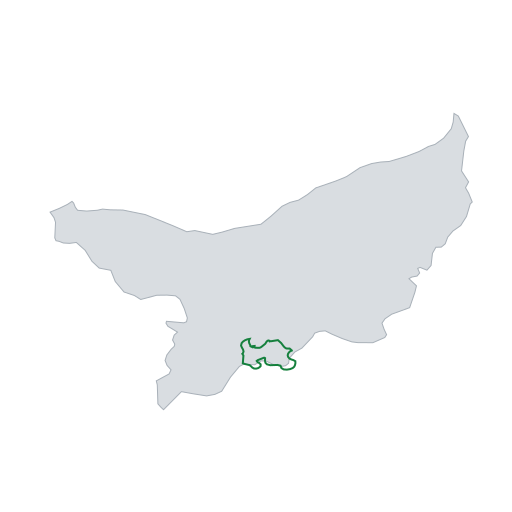 location of Grigoriopol within Moldova, rotated 96°
{"feature_id": "MDA-1637", "entity_name": "Grigoriopol", "entity_type": "Territorial Unit", "adm_level": 1, "iso_a3": "MDA", "parent_name": "Moldova", "parent_adm1": "", "projection": "albers", "projection_center": [29.428, 47.137], "detail": "fine", "context": "in_parent", "style": "outline", "palette": "green", "viewbox_px": 512, "rotation_deg": 96, "n_neighbors": 0, "source": "natural_earth", "source_scale": "10m", "svg_char_len": 3068}
<svg xmlns="http://www.w3.org/2000/svg" viewBox="0 0 512 512"><g transform="rotate(96 256 256)"><path d="M93.5,74.0L95.7,69.4L115.0,57.2L119.9,59.5L129.8,60.3L149.9,60.5L160.1,52.3L166.2,54.8L171.3,51.1L179.7,46.6L180.9,47.6L181.9,48.4L194.7,50.8L204.3,55.6L210.6,62.8L217.2,67.3L224.1,69.1L227.8,72.7L228.5,78.0L234.9,80.8L247.1,80.9L252.2,84.5L250.2,91.6L251.4,93.9L255.8,91.5L259.1,93.7L260.7,99.0L262.6,101.5L268.9,93.3L275.5,94.2L291.3,97.8L299.7,115.0L304.9,121.1L309.6,123.7L315.4,121.0L320.6,117.9L323.6,119.4L330.0,130.7L331.5,145.6L331.4,151.6L329.1,161.6L325.8,172.3L323.2,179.3L324.3,184.9L326.6,189.6L330.4,191.2L342.8,200.7L347.4,207.3L354.2,212.2L359.3,212.4L362.0,215.1L363.0,218.5L362.3,226.9L359.4,234.9L359.8,240.0L364.3,246.0L364.8,253.0L365.2,257.5L367.6,261.0L379.1,268.7L394.1,276.0L397.9,282.4L400.3,290.5L399.6,304.1L398.7,316.0L418.5,331.9L416.3,334.8L413.3,338.1L394.5,340.7L390.6,342.1L382.4,330.1L378.1,328.6L374.1,333.0L369.4,335.5L363.7,334.3L357.6,330.6L354.5,327.9L352.1,327.6L348.3,330.2L343.2,329.1L339.9,326.1L335.1,336.3L332.2,338.5L330.3,338.2L330.0,320.8L328.6,318.2L324.8,317.8L315.7,321.9L307.0,327.1L304.0,331.9L304.2,340.4L305.4,350.6L311.3,366.1L308.0,372.8L305.6,383.5L296.1,393.3L285.4,398.9L284.4,410.7L278.4,418.6L268.2,426.5L261.3,436.1L262.9,442.7L263.2,449.0L262.0,453.3L261.7,456.5L259.0,458.0L243.4,458.9L239.0,460.9L233.9,465.4L229.2,456.6L224.4,448.9L220.9,444.7L222.4,442.9L226.4,440.8L229.2,438.2L229.0,429.1L227.1,418.6L225.4,413.5L225.3,405.6L224.2,393.2L226.4,370.4L234.6,341.7L239.1,327.4L237.1,319.5L239.0,301.3L235.8,292.2L230.8,280.2L223.9,254.4L214.9,245.3L203.8,235.3L199.1,227.7L196.0,219.5L189.5,211.2L182.0,203.6L173.2,184.7L168.7,176.2L167.3,173.9L157.2,161.7L152.0,150.7L149.5,141.8L148.1,133.5L141.3,117.1L135.0,104.7L129.0,95.9L126.3,89.6L119.2,81.7L109.0,75.1L102.2,73.9L93.5,74.0Z" fill="#d9dde1" stroke="#a8b0b8" stroke-width="1"/><path d="M346.3,210.5L347.2,212.1L348.5,213.2L349.9,213.9L351.4,214.1L352.9,213.6L354.5,212.0L355.2,210.1L355.6,208.0L356.5,205.9L358.4,205.6L360.3,205.8L362.1,206.4L363.6,207.8L364.9,210.2L365.8,213.4L365.9,216.6L364.8,219.0L362.5,220.2L362.1,223.2L363.1,230.4L362.6,233.8L361.2,235.5L359.2,236.1L356.6,236.3L356.4,236.7L356.3,237.1L356.4,237.6L356.6,238.0L359.4,243.4L360.3,244.3L361.3,243.4L362.1,241.6L363.2,240.1L365.0,239.9L366.2,240.8L367.3,242.2L368.0,244.1L368.1,246.2L367.3,248.1L366.2,249.4L365.2,250.9L364.5,256.1L364.1,257.9L356.3,258.1L354.8,259.3L354.6,259.0L352.3,258.4L350.4,259.1L348.6,260.4L346.7,261.5L344.2,261.2L342.9,260.3L342.6,260.1L341.0,258.2L339.8,256.0L339.1,253.6L340.4,254.1L341.9,254.1L343.4,253.6L345.8,252.1L346.2,252.2L346.4,252.0L346.8,250.8L346.5,250.9L346.0,250.0L345.6,248.0L346.1,248.0L347.0,248.5L347.3,246.8L346.9,242.8L346.3,241.7L345.6,240.9L342.3,237.6L340.0,236.5L339.5,236.0L339.1,235.7L338.7,234.8L338.9,233.8L339.5,233.5L339.2,232.7L339.1,231.8L337.4,225.4L339.9,221.9L343.0,219.0L344.0,217.8L344.8,216.2L344.7,214.3L344.5,212.9L346.1,210.6L346.3,210.5Z" fill="none" stroke="#15803d" stroke-width="2"/></g></svg>